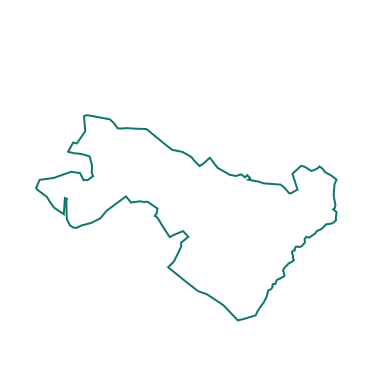 the district of Musawa, Katsina, Nigeria, rotated 43°
{"feature_id": "59680162B51512347513243", "entity_name": "Musawa", "entity_type": "district", "adm_level": 2, "iso_a3": "NGA", "parent_name": "Nigeria", "parent_adm1": "Katsina", "projection": "orthographic", "projection_center": [7.719, 12.112], "detail": "fine", "context": "isolated", "style": "outline", "palette": "teal", "viewbox_px": 384, "rotation_deg": 43, "n_neighbors": 0, "source": "geoboundaries", "source_scale": "gbopen_adm2", "svg_char_len": 2407}
<svg xmlns="http://www.w3.org/2000/svg" viewBox="0 0 384 384"><g transform="rotate(43 192 192)"><path d="M61.3,210.1L72.5,220.4L74.7,235.0L71.4,237.0L73.9,247.1L74.0,247.1L79.7,243.8L82.8,241.3L87.4,238.4L92.9,235.8L100.5,240.6L106.0,246.7L108.8,247.8L107.6,254.7L106.0,255.5L104.7,257.4L97.3,254.5L89.8,259.6L81.3,276.0L72.3,287.0L75.2,295.3L76.3,295.9L89.2,294.6L95.3,296.2L101.7,297.5L113.4,295.7L103.2,283.1L105.2,282.3L106.3,284.4L118.9,297.2L125.4,299.6L129.4,299.0L132.0,297.0L134.3,291.2L135.7,289.3L139.5,283.1L143.0,273.6L142.5,267.3L142.4,263.5L146.7,240.2L154.6,241.3L160.2,234.4L164.4,231.5L164.8,230.6L166.6,229.4L170.3,228.8L178.1,227.6L180.8,232.0L181.1,234.8L183.1,234.4L185.8,234.8L194.6,237.2L206.4,240.2L208.4,234.8L212.1,226.7L219.9,227.3L218.6,236.4L221.5,239.7L226.2,255.2L225.8,263.3L249.2,261.7L264.1,260.4L272.6,256.6L292.0,253.4L313.1,254.6L316.0,250.3L322.7,238.7L321.3,234.6L320.0,226.7L319.9,224.3L317.7,216.9L314.9,212.1L316.0,209.5L315.9,206.9L314.0,204.9L314.1,203.7L315.4,203.2L315.7,202.6L314.2,199.1L314.4,197.1L315.5,195.2L315.9,193.4L316.9,191.2L316.6,190.1L315.8,189.3L313.5,188.0L312.1,187.4L311.4,185.1L311.4,177.9L312.5,175.8L313.0,172.3L311.1,171.6L308.9,169.3L307.3,168.8L306.0,167.4L306.0,165.3L306.9,164.9L305.3,161.8L305.4,160.8L308.3,158.9L309.2,156.4L309.0,151.9L306.4,149.6L306.2,146.8L308.9,145.4L309.4,142.8L310.4,138.2L309.9,135.4L311.2,132.7L312.1,129.7L312.1,125.7L312.2,124.0L314.9,120.9L315.7,119.7L316.5,116.9L316.5,114.3L314.3,112.3L313.2,110.5L311.4,108.1L308.7,108.3L307.1,108.4L307.4,106.5L305.6,103.5L304.4,102.6L302.6,101.4L300.5,99.9L297.4,97.3L291.0,89.2L289.3,84.5L288.6,84.4L282.4,85.0L278.1,86.2L275.4,86.7L272.1,85.9L267.8,86.4L267.7,89.4L265.1,95.1L257.3,96.7L254.0,98.4L253.0,110.2L267.5,118.2L265.3,125.2L264.1,126.7L255.9,125.8L251.7,126.2L238.7,136.7L233.9,138.8L224.7,144.7L224.9,143.4L225.4,142.6L224.7,142.1L220.9,142.0L220.9,145.0L215.9,145.6L213.3,150.2L208.1,153.6L194.3,156.9L181.7,154.8L181.3,159.0L181.4,159.8L181.1,162.5L180.8,164.5L180.2,166.2L179.9,167.9L171.5,167.5L167.7,166.8L157.7,169.2L148.7,174.7L143.6,175.2L139.1,175.5L137.0,175.6L136.0,175.7L134.8,175.8L132.9,175.9L131.0,176.0L128.2,176.3L126.5,176.3L124.3,176.5L123.5,176.6L121.8,176.6L118.0,176.8L115.5,177.2L107.5,184.2L100.5,190.0L95.7,195.1L93.9,196.1L88.0,194.9L82.3,194.9L62.9,207.3L61.3,210.1Z" fill="none" stroke="#0f766e" stroke-width="2"/></g></svg>